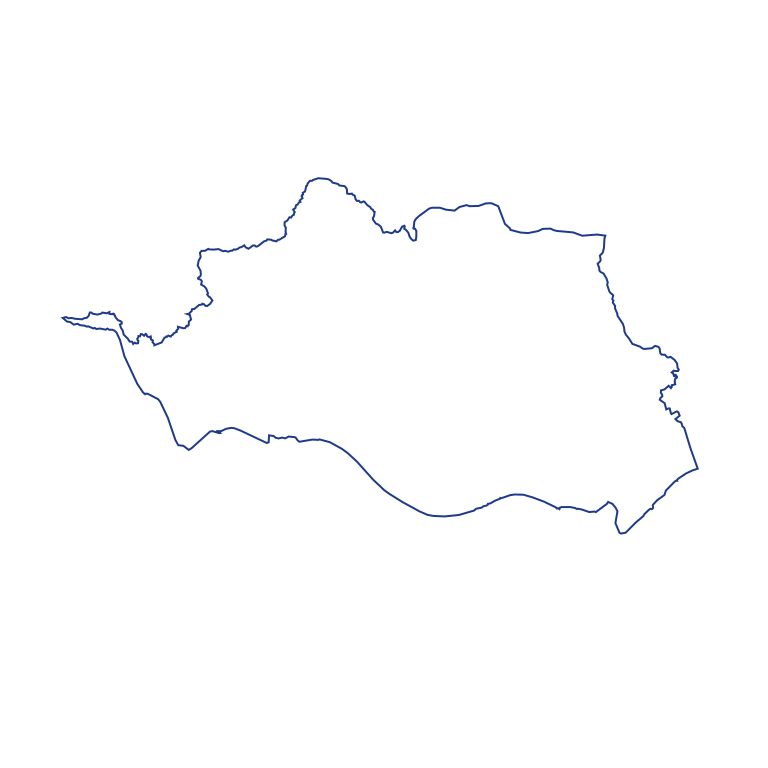 outline of Sambas, Kalimantan Barat, Indonesia, rotated 252°
{"feature_id": "22746128B87993072617697", "entity_name": "Sambas", "entity_type": "district", "adm_level": 2, "iso_a3": "IDN", "parent_name": "Indonesia", "parent_adm1": "Kalimantan Barat", "projection": "orthographic", "projection_center": [109.291, 1.523], "detail": "fine", "context": "isolated", "style": "outline", "palette": "blue", "viewbox_px": 768, "rotation_deg": 252, "n_neighbors": 0, "source": "geoboundaries", "source_scale": "gbopen_adm2", "svg_char_len": 6165}
<svg xmlns="http://www.w3.org/2000/svg" viewBox="0 0 768 768"><g transform="rotate(252 384 384)"><path d="M600.1,376.4L598.3,373.3L596.5,372.2L596.4,371.3L591.5,368.4L590.9,365.8L589.3,365.6L588.9,364.3L588.3,364.3L588.0,363.7L586.0,364.0L584.6,360.6L583.0,360.7L582.9,359.0L581.4,357.4L581.2,355.6L578.7,354.1L578.0,351.5L575.0,352.2L574.1,351.1L572.8,350.6L572.5,348.9L571.0,347.0L571.8,345.6L569.3,342.5L568.6,339.5L565.5,338.4L563.0,338.9L558.8,337.3L557.1,337.4L557.1,336.6L555.1,335.6L553.6,329.2L553.9,327.8L552.9,325.8L555.1,322.0L555.9,321.6L557.6,317.7L556.7,316.5L556.7,313.9L554.1,306.8L554.1,304.9L555.7,303.8L556.2,302.2L554.5,296.9L556.7,294.7L559.1,293.9L558.3,291.1L558.4,288.4L557.8,287.2L557.6,284.3L558.4,282.9L557.7,280.8L558.1,279.7L558.0,276.6L559.7,274.2L560.0,271.9L563.4,268.4L564.5,263.4L566.1,259.2L566.8,258.6L566.0,255.0L567.0,251.6L565.7,249.5L561.4,248.9L558.5,245.8L554.2,243.4L548.5,244.5L544.7,243.7L543.4,242.8L542.3,239.9L541.5,239.7L539.8,241.9L538.7,242.4L537.7,242.4L535.1,240.8L532.4,243.2L529.8,244.4L524.6,244.6L523.7,243.5L521.1,244.4L520.3,245.3L516.4,246.6L513.9,243.3L512.8,239.9L513.6,238.2L515.3,237.6L516.5,236.0L515.8,235.3L516.3,232.5L514.0,226.8L514.4,224.4L512.9,223.7L511.1,220.1L511.3,218.6L509.7,220.7L504.9,220.4L503.7,217.7L500.5,216.5L500.3,215.6L499.6,215.1L500.3,214.1L498.7,212.3L499.0,210.4L502.1,205.7L500.1,205.3L498.8,202.9L497.7,203.0L497.1,199.3L496.2,198.7L495.9,196.9L495.0,195.8L496.7,193.8L496.0,192.5L496.5,191.7L495.9,191.0L495.9,189.5L492.2,185.4L491.8,177.6L492.8,177.9L495.3,176.8L496.8,177.7L498.1,176.3L499.2,176.1L499.9,176.7L501.1,176.8L500.6,176.0L501.5,175.3L501.7,174.2L502.6,173.4L504.7,173.4L505.3,172.8L504.0,170.7L506.1,169.4L506.6,168.1L504.8,166.8L505.5,165.3L504.0,164.5L503.3,163.3L501.9,163.2L501.0,163.7L498.8,162.7L499.2,160.8L500.3,159.8L499.6,157.8L501.9,157.6L503.1,155.1L506.2,154.4L511.4,151.7L515.6,152.0L518.6,151.2L522.2,151.2L522.5,153.2L523.7,153.7L525.0,153.1L526.9,150.7L530.3,149.3L533.8,149.0L533.9,148.2L534.6,148.1L534.6,146.3L535.6,144.5L537.3,145.1L536.9,142.2L539.0,138.1L538.4,137.3L538.5,133.2L540.8,128.7L542.3,127.9L542.9,126.3L540.2,124.3L538.8,121.8L539.2,119.1L538.8,116.9L541.5,110.4L543.3,107.4L544.1,104.1L545.9,102.4L546.1,98.9L541.4,101.8L539.7,104.9L536.4,107.2L535.9,111.3L534.0,112.9L532.0,117.2L530.4,119.1L530.3,120.4L526.6,124.8L526.7,126.2L525.2,127.4L524.5,131.1L521.7,136.1L522.2,138.0L520.4,139.6L519.7,142.1L518.4,143.8L515.7,145.5L507.4,146.5L490.7,145.7L460.4,149.4L450.5,152.2L448.1,153.6L448.4,154.6L447.7,156.2L445.5,158.5L439.3,164.5L436.1,165.7L418.4,168.0L395.3,168.3L389.4,169.4L387.2,174.1L381.7,177.9L382.3,180.9L392.5,203.8L392.2,206.3L388.4,211.7L388.0,213.1L389.7,212.6L389.3,213.3L389.7,212.9L389.6,210.8L390.2,210.0L390.8,210.6L389.5,214.5L390.2,219.9L389.4,225.5L388.3,227.8L384.1,233.1L364.1,254.3L364.2,256.3L370.7,258.8L368.6,263.0L366.3,264.4L364.8,266.9L364.5,270.6L362.8,273.3L363.5,277.1L361.1,282.5L360.4,283.4L356.9,284.5L355.2,285.8L353.3,298.6L351.1,304.4L351.3,305.4L345.5,314.4L335.5,323.8L329.7,328.0L318.9,334.1L296.0,344.3L283.0,351.4L277.9,355.1L265.8,365.3L252.0,378.3L246.2,384.8L243.3,390.1L239.3,400.8L236.3,414.7L235.8,430.7L236.9,432.9L236.2,438.8L237.0,440.4L236.7,443.9L237.2,445.5L237.9,445.8L237.6,448.5L238.7,453.4L239.0,458.5L239.7,459.3L239.1,460.0L239.3,469.9L238.4,474.6L235.6,482.4L230.4,490.1L222.6,499.9L213.6,509.3L212.1,509.9L212.2,511.1L210.8,512.2L212.0,513.2L212.1,514.9L209.4,523.1L207.0,527.4L205.4,528.9L205.5,529.9L203.5,533.4L198.8,539.6L197.6,544.9L196.7,545.8L201.1,558.9L202.6,560.7L199.4,564.2L194.9,566.0L190.8,566.7L180.2,561.1L169.7,562.0L168.5,563.3L167.9,567.8L174.5,580.7L178.3,590.0L179.7,591.3L182.4,596.8L183.0,598.7L182.3,599.6L182.4,601.0L183.4,601.8L185.3,602.0L186.1,602.6L189.0,607.8L191.8,616.4L195.5,619.1L201.1,629.8L201.7,631.4L201.4,632.9L202.1,632.8L203.2,635.1L205.6,643.6L206.5,650.9L206.5,656.2L228.6,655.6L249.3,656.0L251.5,654.7L254.2,654.9L256.0,654.5L257.9,651.7L260.6,650.3L262.5,655.4L266.1,655.2L267.1,654.6L267.5,653.6L266.5,648.2L267.3,647.8L272.4,648.2L272.9,646.9L272.6,644.6L279.0,645.0L283.8,641.4L285.2,642.5L286.3,644.9L287.9,645.2L290.2,644.6L292.3,645.5L292.2,649.1L294.3,654.2L291.4,655.6L292.3,656.8L293.9,657.3L293.7,660.9L296.4,661.2L298.9,662.5L299.7,664.7L300.3,664.9L302.6,664.2L302.7,663.6L301.5,662.9L301.9,662.3L304.8,662.3L306.0,661.2L307.2,663.7L306.3,664.8L305.5,667.8L306.7,668.8L308.6,668.2L312.9,669.1L317.1,667.8L321.3,664.9L321.3,662.8L322.0,661.5L325.0,660.2L326.2,657.0L328.0,656.3L332.8,657.1L334.6,656.4L336.5,653.5L335.2,649.9L336.9,642.4L337.7,641.1L340.6,638.8L345.4,632.6L351.5,631.1L356.1,629.3L359.8,628.9L363.1,629.7L367.1,629.8L376.5,627.2L379.1,627.6L384.3,627.1L386.9,627.9L390.7,626.8L392.3,627.9L394.1,627.3L397.6,629.4L401.1,627.3L402.8,626.9L409.4,626.9L411.5,628.2L415.7,628.2L421.3,626.9L423.6,624.6L425.3,623.9L427.9,624.6L432.3,624.3L434.0,627.7L435.0,628.4L439.5,629.0L441.1,632.4L443.1,633.8L445.4,635.2L454.2,638.6L456.7,640.3L460.3,632.8L463.8,618.3L469.7,610.8L476.2,595.6L478.0,592.8L480.3,590.4L482.5,582.9L481.8,577.9L483.0,567.7L485.9,560.6L491.5,551.9L493.0,551.9L498.9,548.5L517.8,547.6L522.6,542.2L523.4,540.0L524.3,536.5L524.1,529.0L526.6,520.5L528.6,517.8L529.0,510.4L527.1,504.7L530.6,496.9L534.4,491.6L536.8,484.2L536.9,481.3L533.0,469.4L531.1,465.3L529.1,463.0L524.1,460.9L523.4,460.1L522.6,460.2L522.0,461.6L519.4,462.0L514.0,460.2L511.1,458.7L511.3,456.1L513.1,454.9L516.2,453.9L520.3,453.9L523.9,452.5L525.4,451.2L527.5,452.4L528.2,452.3L528.1,449.9L524.8,446.3L524.2,444.2L524.7,442.7L526.7,442.0L525.2,439.4L525.1,437.7L527.8,433.6L527.9,430.7L528.4,430.0L534.5,429.6L537.5,427.8L539.0,425.9L543.5,424.4L545.3,424.7L546.7,426.4L550.6,428.3L551.2,427.6L553.2,427.2L554.5,426.0L556.4,425.6L559.4,423.3L563.3,421.8L564.0,421.0L563.6,418.5L564.3,417.5L566.0,416.8L566.5,414.8L568.6,414.1L572.3,414.3L573.7,412.7L575.0,412.3L575.3,409.9L576.6,407.8L580.7,408.9L583.5,408.2L584.5,407.4L586.6,402.9L588.4,402.1L591.6,397.1L593.3,396.7L595.7,394.6L596.9,392.6L600.0,385.1L600.0,379.5L599.5,378.4L600.1,376.4Z" fill="none" stroke="#1e3a8a" stroke-width="2"/></g></svg>